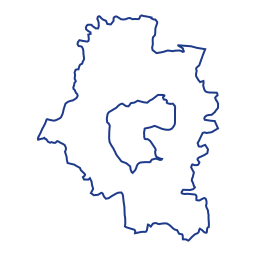 the district of Shibin al-Kum, Al Minufiyah, Egypt
{"feature_id": "37247803B79022336260348", "entity_name": "Shibin al-Kum", "entity_type": "district", "adm_level": 2, "iso_a3": "EGY", "parent_name": "Egypt", "parent_adm1": "Al Minufiyah", "projection": "albers", "projection_center": [31.013, 30.561], "detail": "fine", "context": "isolated", "style": "outline", "palette": "blue", "viewbox_px": 256, "rotation_deg": 0, "n_neighbors": 0, "source": "geoboundaries", "source_scale": "gbopen_adm2", "svg_char_len": 5842}
<svg xmlns="http://www.w3.org/2000/svg" viewBox="0 0 256 256"><path d="M208.8,226.9L208.9,223.5L208.7,220.9L208.5,217.7L208.6,215.4L208.1,212.4L207.9,210.4L206.5,207.4L206.0,205.7L206.6,203.6L206.4,200.7L205.6,198.6L204.2,198.0L201.8,199.1L200.3,200.0L199.1,200.5L196.5,200.1L196.3,198.4L196.6,196.6L195.8,194.9L194.9,194.5L187.7,193.8L184.7,194.0L182.4,193.6L181.6,193.0L181.6,192.1L182.8,190.1L183.1,189.8L190.1,190.0L193.1,189.2L194.3,188.1L194.9,187.3L194.0,186.1L192.7,182.2L191.8,180.7L192.0,178.8L192.3,178.2L192.6,177.6L193.5,174.1L193.9,172.3L193.3,171.5L191.1,167.3L192.0,164.7L192.6,164.4L194.4,165.1L197.0,165.1L197.9,164.9L198.8,163.7L199.4,162.3L198.9,161.7L197.5,159.6L197.8,158.4L199.3,157.3L201.3,156.5L202.8,155.7L203.7,155.4L207.3,153.2L208.0,149.4L205.2,144.9L202.8,145.7L201.4,146.6L199.0,146.5L198.2,145.3L198.2,144.5L197.7,143.3L197.8,142.6L198.6,141.5L202.7,132.9L204.7,132.4L206.4,133.0L211.1,132.3L212.0,132.0L218.0,128.4L214.7,121.0L212.6,120.9L209.2,120.5L204.8,119.8L204.3,118.4L204.9,116.9L206.7,115.5L208.8,115.0L211.7,114.8L215.0,111.9L215.6,110.8L218.0,107.9L218.1,103.6L216.8,100.9L215.9,100.0L215.4,98.2L215.1,97.9L216.0,96.5L217.5,95.4L217.3,93.6L216.7,92.7L209.4,92.5L207.4,92.2L206.5,91.9L205.4,91.3L204.3,89.5L203.2,85.6L203.6,82.4L203.4,81.0L200.1,82.1L198.4,80.0L196.2,76.4L196.0,75.2L196.0,74.1L196.7,70.9L196.1,69.1L196.5,67.7L199.2,65.4L202.8,55.3L205.2,49.2L196.7,47.8L191.1,46.3L177.6,45.2L178.8,45.9L182.8,48.3L183.8,51.5L183.2,51.8L182.4,51.8L181.2,50.9L179.2,50.5L174.8,50.7L173.0,51.2L167.8,50.5L162.5,52.1L156.6,53.1L152.6,50.1L152.4,49.2L152.1,47.5L152.5,46.0L152.8,44.3L152.7,39.3L153.0,37.3L154.8,35.3L155.2,33.8L155.4,28.3L157.0,23.7L157.3,22.2L156.5,21.0L155.3,19.5L153.9,19.5L151.3,18.3L151.5,17.5L149.3,17.0L146.1,16.4L143.5,16.0L141.7,15.4L140.3,16.2L139.3,18.5L138.7,19.1L134.6,19.0L132.6,19.2L131.7,18.9L130.0,18.0L128.2,18.2L125.3,19.3L123.5,19.5L120.9,19.2L119.5,18.2L117.5,17.0L116.3,16.4L114.5,16.9L113.6,18.1L113.5,21.0L110.8,24.4L107.3,24.0L106.0,20.8L102.8,19.5L100.8,17.7L100.2,16.8L99.1,16.2L97.9,16.8L97.3,18.8L98.1,20.6L98.6,22.3L98.8,26.1L98.1,28.4L95.8,28.4L92.4,26.0L91.5,24.8L88.0,24.7L86.8,25.5L85.9,27.5L86.1,29.3L87.9,30.8L90.4,32.3L90.7,33.8L89.5,34.3L88.3,34.6L88.8,38.7L88.7,39.9L88.4,41.0L87.2,41.6L84.6,41.2L80.8,40.5L79.4,40.2L77.9,42.2L77.5,44.2L78.6,46.0L80.7,46.3L81.8,46.7L82.9,48.7L83.4,51.1L83.4,53.4L84.1,58.7L83.7,60.1L83.1,61.0L82.5,62.4L82.2,63.6L80.1,64.7L79.2,66.4L78.5,69.3L77.3,69.3L75.6,69.8L74.6,72.4L75.1,75.1L74.7,78.0L74.7,78.9L75.0,79.5L75.5,80.3L75.8,81.2L75.5,81.5L75.2,82.1L74.5,82.9L73.9,85.8L73.3,87.3L73.5,88.8L74.7,90.0L76.0,92.9L77.2,94.1L77.7,95.6L77.4,96.4L76.8,97.6L75.6,98.7L72.9,100.4L70.5,100.9L68.2,101.7L65.5,103.6L63.6,109.5L63.2,111.5L62.6,113.8L61.0,117.3L60.1,118.1L56.8,119.8L54.5,120.6L53.3,120.6L49.8,119.9L47.2,119.2L46.6,119.5L45.0,123.9L41.9,129.6L41.0,131.9L39.1,135.7L38.5,136.8L37.9,138.5L38.1,139.7L38.7,139.7L39.6,139.2L43.4,138.4L43.7,138.1L44.3,137.8L45.4,139.1L46.2,139.1L48.1,141.8L50.1,142.7L51.6,142.1L53.6,142.8L55.4,142.8L57.2,141.1L58.4,141.5L60.9,143.0L62.9,143.9L64.7,145.1L65.8,147.5L66.0,149.2L65.0,151.8L66.6,156.8L66.8,159.5L67.6,163.0L69.9,163.6L74.3,164.6L76.6,166.1L78.6,167.1L80.0,168.0L80.8,170.1L84.8,174.0L85.1,174.8L84.4,176.0L82.9,177.1L84.0,179.5L88.4,179.6L89.9,178.2L91.6,181.7L92.0,184.9L92.8,187.6L93.1,189.0L90.9,193.1L93.8,195.2L96.4,195.0L98.2,194.7L101.4,192.8L102.6,193.4L104.0,196.6L105.9,198.7L108.6,198.2L110.7,196.8L111.9,196.0L113.9,194.9L115.7,193.8L118.1,192.7L121.3,192.5L122.4,193.9L123.0,195.7L123.4,199.8L123.9,203.6L124.4,206.8L124.5,210.6L124.7,215.0L125.2,218.2L125.3,223.5L124.9,226.4L126.4,227.3L134.5,229.8L135.3,231.3L135.0,233.2L137.0,232.8L139.6,232.3L140.8,232.0L143.2,231.8L144.9,231.9L146.1,231.6L147.0,229.9L147.9,224.6L148.6,224.7L150.8,226.6L152.6,224.1L153.0,223.6L154.8,223.1L156.6,223.2L157.7,223.8L159.2,224.1L160.6,223.8L163.8,223.4L166.5,223.4L168.5,224.4L170.5,225.9L173.3,228.6L174.7,229.5L176.5,230.1L177.1,230.1L179.0,233.7L182.2,234.4L182.7,235.5L182.9,239.3L185.8,239.4L186.7,239.7L188.1,240.6L188.7,240.4L189.6,239.5L191.4,237.5L194.1,235.0L195.3,234.1L197.4,233.3L198.6,232.2L199.3,229.6L199.9,228.7L202.2,230.2L203.6,231.7L205.3,232.7L206.5,232.7L206.8,232.1L207.2,228.3L208.4,226.9L208.8,226.9ZM166.8,102.7L167.7,103.3L170.0,103.9L172.9,103.7L173.5,104.3L174.0,105.2L174.6,105.5L175.1,107.0L175.0,111.1L175.0,121.0L174.9,123.6L174.3,125.3L173.4,126.7L171.8,128.7L169.8,129.6L168.3,129.8L166.0,129.7L164.2,129.4L161.9,128.8L155.6,126.2L154.4,125.9L152.9,126.5L150.6,127.3L148.2,127.8L145.6,128.3L144.7,128.6L144.4,130.6L144.0,132.9L144.2,134.7L144.2,136.7L144.7,138.8L145.3,139.1L147.6,139.1L149.9,140.7L151.0,142.1L154.4,147.2L155.2,148.4L155.5,149.0L155.7,150.1L155.1,151.6L155.3,153.6L155.8,155.7L156.7,156.9L158.4,157.8L160.7,158.7L162.0,158.9L161.6,159.6L161.0,159.9L159.8,159.9L156.9,158.9L155.8,158.6L151.9,159.6L150.7,161.1L150.6,161.7L149.5,162.2L144.8,162.1L140.7,162.5L139.6,162.8L138.1,163.9L136.9,165.6L136.2,167.9L135.6,169.4L134.4,171.1L133.5,171.9L132.7,172.9L131.7,172.2L130.6,169.5L130.4,167.8L130.1,166.3L126.4,163.3L125.0,162.7L124.1,162.4L123.0,162.0L121.5,161.4L120.8,160.6L120.1,159.6L116.7,155.2L115.9,153.7L114.8,151.3L114.0,149.8L113.2,148.1L112.3,146.9L111.2,145.1L109.6,142.1L109.1,137.8L109.3,131.1L109.6,127.2L109.8,126.4L109.5,125.0L108.8,123.7L108.5,123.3L107.6,122.7L107.2,122.3L106.8,118.8L107.5,114.4L108.4,112.7L109.0,112.1L116.4,107.7L118.3,105.7L119.5,104.8L120.3,104.3L121.8,103.7L122.7,103.8L124.7,105.3L126.4,106.2L128.5,106.3L129.7,104.8L130.9,103.1L134.4,102.6L137.7,100.7L143.8,102.3L147.2,102.7L149.6,100.7L152.6,99.1L158.0,94.9L163.8,95.0L164.4,95.6L164.1,96.2L162.9,97.3L163.7,99.4L165.4,99.7L166.3,100.0L166.9,100.9L166.8,102.7Z" fill="none" stroke="#1e3a8a" stroke-width="2"/></svg>